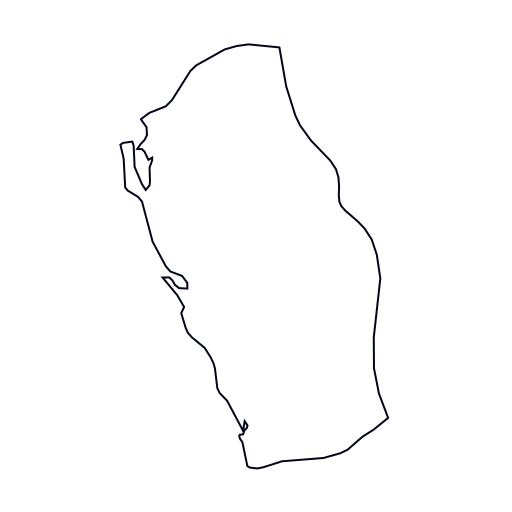 map outline of Bình Định (Albers equal-area conic projection), rotated 172°
{"feature_id": "VNM-485", "entity_name": "Bình Định", "entity_type": "Province", "adm_level": 1, "iso_a3": "VNM", "parent_name": "Vietnam", "parent_adm1": "", "projection": "albers", "projection_center": [109.055, 14.11], "detail": "fine", "context": "isolated", "style": "outline", "palette": "ink", "viewbox_px": 512, "rotation_deg": 172, "n_neighbors": 0, "source": "natural_earth", "source_scale": "10m", "svg_char_len": 1391}
<svg xmlns="http://www.w3.org/2000/svg" viewBox="0 0 512 512"><g transform="rotate(172 256 256)"><path d="M293.8,49.2L295.4,73.6L297.3,77.3L297.7,79.9L296.9,81.3L293.6,81.2L291.6,85.1L289.2,86.8L288.0,89.3L290.2,94.0L292.5,86.8L292.8,83.8L304.8,116.8L311.1,125.4L312.7,130.5L312.3,150.4L313.0,155.6L314.9,161.7L319.6,172.1L330.9,184.5L334.2,189.5L335.6,194.5L338.0,209.8L334.3,215.5L339.4,228.1L351.5,247.7L344.8,246.8L342.1,243.4L340.4,238.9L336.7,234.9L328.5,233.3L327.8,239.0L331.9,246.5L343.0,252.6L346.7,258.3L356.4,284.6L361.3,325.7L364.5,330.9L373.9,338.6L376.0,342.0L373.5,370.9L374.8,385.1L371.9,386.5L362.6,386.5L361.8,382.5L363.8,361.1L358.9,342.9L356.0,336.7L351.6,340.8L350.6,344.6L349.1,358.4L345.5,365.3L345.1,367.9L349.2,366.2L351.8,374.7L354.1,377.7L358.7,378.5L354.7,382.9L350.3,386.3L347.1,390.9L346.5,398.8L350.8,407.1L350.9,407.5L350.0,408.0L341.7,412.6L324.5,416.8L317.6,422.0L295.1,448.5L288.5,453.2L258.3,464.9L246.0,466.6L233.9,466.6L203.8,459.3L202.5,419.8L197.5,389.7L194.3,379.4L185.4,362.6L169.1,340.1L164.7,330.8L163.4,322.2L164.1,312.7L165.5,305.0L165.9,298.2L164.5,293.4L161.1,288.3L150.4,276.1L144.6,268.0L139.1,256.2L136.2,240.4L136.0,216.5L150.7,159.0L154.8,128.3L153.4,102.7L147.7,77.3L163.8,67.6L175.4,62.4L192.3,51.4L200.2,48.9L217.4,46.6L258.7,49.1L278.1,45.8L284.2,45.4L291.7,47.4L293.8,49.2Z" fill="none" stroke="#020617" stroke-width="2"/></g></svg>